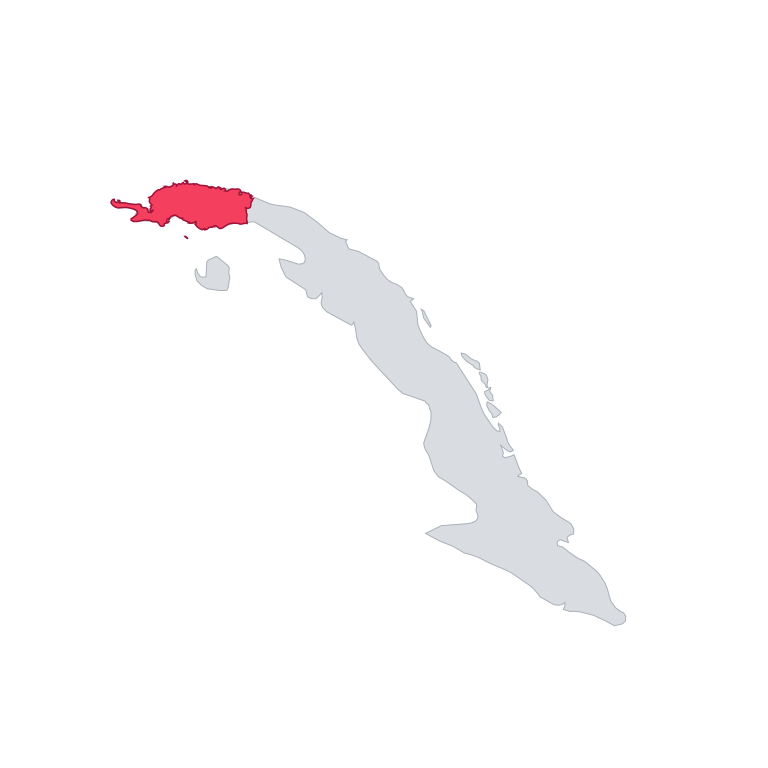 location of Pinar del Río within Cuba, rotated 30°
{"feature_id": "CUB-1321", "entity_name": "Pinar del Río", "entity_type": "Province", "adm_level": 1, "iso_a3": "CUB", "parent_name": "Cuba", "parent_adm1": "", "projection": "mercator", "projection_center": [-83.796, 22.394], "detail": "fine", "context": "in_parent", "style": "filled", "palette": "rose", "viewbox_px": 768, "rotation_deg": 30, "n_neighbors": 0, "source": "natural_earth", "source_scale": "10m", "svg_char_len": 8191}
<svg xmlns="http://www.w3.org/2000/svg" viewBox="0 0 768 768"><g transform="rotate(30 384 384)"><path d="M245.0,277.2L260.9,280.3L273.7,279.4L279.9,277.6L279.3,279.5L284.9,284.0L287.0,284.3L295.3,282.0L316.9,281.2L319.2,282.4L323.0,286.8L328.5,289.6L334.2,291.7L340.2,292.2L346.2,291.3L351.8,291.7L358.8,296.0L361.0,296.5L367.2,295.4L365.4,299.3L375.9,304.8L383.6,315.7L389.3,320.1L395.2,324.1L400.2,326.8L405.8,328.1L422.8,327.6L426.9,327.9L430.5,329.5L433.9,330.1L435.9,329.5L468.8,346.4L479.3,355.3L485.7,360.0L499.5,366.7L505.0,368.2L507.9,367.3L507.4,365.8L503.3,362.1L502.7,360.7L507.9,361.9L517.3,369.5L519.9,372.3L524.6,374.9L529.3,376.8L527.1,379.8L523.2,380.0L515.9,378.8L521.7,383.7L522.7,387.2L525.5,387.5L529.5,383.6L532.1,380.3L542.4,388.8L548.0,392.7L546.5,394.9L546.1,397.2L552.3,395.1L554.7,395.3L556.9,396.5L559.4,400.1L565.2,400.9L571.1,400.8L582.9,403.8L594.2,410.0L604.7,411.2L615.4,411.4L620.8,414.6L623.1,419.0L620.5,422.0L619.1,425.2L623.0,429.1L614.4,430.8L613.1,433.2L613.6,435.7L615.3,437.1L620.3,435.9L627.4,437.0L638.7,438.0L646.3,437.2L661.6,439.8L666.3,441.3L675.4,446.3L679.7,449.6L688.7,458.5L696.5,462.0L703.3,462.8L705.6,462.2L709.6,464.4L711.5,468.3L710.5,472.4L704.5,478.1L694.8,478.4L681.3,479.5L668.3,483.1L661.9,486.0L659.0,487.9L652.2,489.6L651.7,488.1L651.8,486.3L650.0,482.7L648.5,485.9L645.9,488.2L641.6,490.2L625.8,490.3L619.4,487.7L612.9,485.8L589.0,483.9L583.3,484.1L567.4,486.1L551.4,487.1L544.7,488.4L538.1,490.2L525.2,490.1L510.0,492.2L494.7,492.6L504.5,478.0L525.1,463.9L529.0,460.9L531.8,457.0L532.4,454.0L531.5,451.5L526.6,447.1L525.6,443.8L524.1,441.7L517.0,439.9L509.8,438.7L502.2,438.7L486.2,437.2L477.6,437.1L470.4,434.1L458.5,423.3L452.9,420.3L450.0,417.9L447.8,415.1L444.9,399.3L442.6,391.7L438.9,385.1L433.4,380.1L427.6,378.4L405.4,382.7L400.3,382.0L395.3,380.6L361.8,370.3L348.0,364.7L342.3,361.9L337.5,357.9L332.5,351.3L326.9,345.4L327.0,347.8L326.1,349.4L298.1,350.1L293.6,348.7L290.7,347.1L288.7,344.7L287.2,340.0L284.5,336.0L283.7,340.2L282.3,344.2L278.5,346.4L274.2,346.7L269.0,341.5L246.3,340.4L244.3,339.5L236.8,334.5L230.5,328.1L236.8,325.9L249.9,323.0L252.7,321.0L254.4,318.5L253.2,314.8L250.6,312.1L247.9,310.5L244.9,309.5L241.0,309.0L190.5,308.4L187.5,310.4L183.0,314.5L174.0,319.9L168.1,325.4L165.9,328.2L163.1,330.3L156.9,333.7L151.6,338.9L145.2,341.3L141.6,339.8L138.2,339.9L135.6,341.2L133.0,341.7L120.0,342.4L118.1,343.7L116.2,347.5L114.1,354.8L112.2,357.2L105.6,358.1L99.4,360.1L86.8,367.1L83.6,368.1L84.3,363.0L83.7,358.1L80.1,357.9L76.1,358.7L72.7,360.1L66.4,363.8L63.3,364.7L60.3,362.8L60.9,360.4L81.8,351.5L84.1,350.8L87.8,351.5L91.4,351.2L94.3,348.7L90.8,336.8L92.1,328.7L97.0,322.5L106.7,313.0L111.3,309.9L159.0,290.1L163.9,289.1L194.8,285.1L199.6,283.7L213.9,277.8L229.0,275.4L245.0,277.2ZM201.1,381.4L195.5,384.9L183.5,389.8L177.0,389.9L170.5,388.1L166.0,384.0L163.5,380.0L163.7,378.1L167.8,381.3L171.3,382.9L174.2,381.8L176.2,380.1L169.6,367.1L169.9,364.4L175.1,357.2L189.4,359.4L191.9,360.7L193.9,365.2L197.1,368.7L200.8,378.2L201.1,381.4ZM439.3,317.4L447.6,318.7L453.3,317.7L456.2,318.3L460.3,323.7L456.7,324.4L453.9,324.4L451.8,323.4L444.3,323.1L439.4,321.6L436.7,320.2L435.4,318.6L439.3,317.4ZM497.5,356.6L495.0,358.6L492.3,355.8L488.2,354.3L483.5,351.1L482.4,347.8L486.3,347.5L491.1,348.1L499.7,350.0L498.9,353.7L497.5,356.6ZM475.8,334.9L474.6,335.9L471.3,333.5L466.6,332.4L463.8,328.6L461.1,327.2L460.9,325.8L465.3,324.9L468.4,325.3L471.8,328.2L473.7,333.5L475.8,334.9ZM484.8,345.2L482.8,345.4L476.8,342.6L475.0,340.3L477.1,337.3L477.5,334.0L478.4,333.7L479.3,337.8L483.9,339.5L484.2,340.4L487.0,343.8L484.8,345.2ZM395.7,310.0L395.8,311.8L385.2,306.9L380.7,301.9L378.9,300.7L381.8,300.6L395.7,310.0Z" fill="#d9dde1" stroke="#a8b0b8" stroke-width="1"/><path d="M185.2,313.5L183.7,314.0L180.1,317.1L179.4,317.6L178.0,317.7L177.1,318.0L173.0,320.1L171.0,321.5L169.4,323.2L165.9,329.9L164.5,331.3L162.5,331.5L160.5,331.0L159.7,330.9L158.8,331.1L158.8,331.3L158.8,332.2L158.7,332.4L158.2,332.3L157.8,332.5L157.5,332.4L157.3,332.4L157.2,332.7L157.2,333.6L157.2,333.8L155.0,335.2L154.3,336.0L153.9,336.5L153.9,336.9L153.9,337.1L153.8,337.4L153.4,338.3L153.2,338.7L152.6,339.2L152.4,339.0L152.3,338.8L152.3,339.5L151.9,340.0L151.5,339.3L151.0,339.1L150.5,339.2L150.4,340.2L149.4,341.3L146.4,341.6L143.3,341.2L140.6,340.1L141.1,339.6L141.0,338.9L140.5,338.2L140.2,337.4L139.7,337.4L138.9,339.1L137.4,340.7L135.6,341.9L134.0,342.3L134.1,342.1L134.2,341.6L134.3,341.4L127.6,342.3L127.3,342.3L127.1,342.0L126.9,341.6L126.8,341.1L126.2,341.2L125.5,342.1L124.6,342.3L119.9,342.0L118.5,342.3L116.1,344.8L116.0,345.2L115.5,347.0L115.2,347.7L115.6,348.1L115.6,348.5L115.7,349.5L115.0,348.9L114.3,349.0L113.9,349.7L114.0,350.8L114.4,351.7L115.0,352.0L115.7,351.8L116.5,351.2L116.2,352.6L114.1,354.2L113.6,355.5L113.8,355.8L114.2,356.2L114.4,356.7L114.2,357.3L113.6,357.9L113.0,358.4L112.2,358.7L111.5,358.9L110.4,358.6L108.1,357.4L106.7,357.1L105.4,357.4L103.1,358.8L102.0,359.3L101.3,359.4L100.1,359.3L99.5,359.3L98.8,359.6L97.4,360.5L95.5,361.1L88.4,367.1L85.8,368.5L83.2,368.7L82.4,367.4L84.9,362.3L85.3,359.7L84.0,357.8L81.6,357.4L78.9,357.8L74.0,359.3L71.7,360.4L65.6,364.5L63.1,365.1L60.5,365.0L58.0,364.2L57.1,363.6L56.6,362.6L56.5,361.6L56.7,360.5L56.9,360.0L57.2,359.5L57.6,359.1L58.0,358.9L58.3,359.1L58.5,359.4L58.7,359.8L58.9,360.1L59.3,360.5L59.8,360.7L60.3,360.7L60.9,360.7L61.9,360.2L62.6,359.5L62.6,358.7L61.7,358.0L62.7,357.4L63.6,357.4L64.2,358.0L64.2,359.3L69.1,356.7L73.5,355.3L78.7,353.0L82.0,350.6L82.4,350.4L83.3,350.3L84.0,350.4L84.4,350.7L84.1,351.2L86.0,352.1L87.4,351.7L88.8,350.8L90.6,350.4L91.4,350.6L92.5,351.3L93.3,352.1L93.7,352.8L94.0,353.2L95.6,352.0L96.5,352.2L97.4,348.5L96.7,349.4L96.0,350.5L95.4,351.1L94.5,350.4L94.2,349.1L94.2,348.2L94.0,347.4L92.8,346.8L93.4,345.4L93.7,345.0L92.6,344.8L91.3,344.4L90.2,343.8L89.5,343.2L89.0,342.3L88.6,341.2L88.0,340.3L87.0,340.1L87.6,339.5L88.3,338.5L88.9,337.3L89.1,336.2L89.2,334.7L89.5,333.3L90.3,330.4L90.5,330.3L91.4,328.6L91.7,328.4L92.3,328.4L92.6,328.2L92.9,327.8L93.1,326.9L93.3,326.6L94.6,324.7L95.5,323.7L96.5,323.0L96.5,322.5L95.3,322.5L96.4,321.7L98.9,321.2L100.1,320.5L100.8,319.6L101.6,318.1L101.8,316.7L101.1,315.8L101.1,315.3L101.8,315.5L102.4,315.8L103.2,315.2L104.1,315.0L104.8,315.4L105.3,316.2L105.8,313.8L106.1,313.1L106.7,312.9L108.3,312.8L108.6,312.4L108.7,311.8L108.9,310.7L109.3,309.9L110.1,310.2L110.9,310.7L111.5,310.4L112.1,309.7L112.7,309.1L112.3,308.3L111.7,307.9L110.9,307.7L109.9,307.8L110.1,307.3L110.6,306.8L111.1,306.5L111.7,306.3L112.7,306.7L113.2,307.5L113.6,308.3L114.2,308.7L115.0,308.5L115.7,308.2L119.4,305.5L120.2,306.3L120.8,304.9L121.7,304.3L124.4,304.1L125.4,303.9L129.6,301.8L131.6,301.0L132.6,301.0L133.3,301.1L134.1,301.4L134.7,301.4L135.2,301.3L136.0,300.8L136.4,300.5L136.4,300.1L136.0,300.3L135.6,300.5L135.5,300.3L135.5,300.2L135.2,300.1L136.4,299.2L137.8,298.8L140.8,298.7L141.1,298.3L141.8,296.2L142.2,296.0L144.7,296.0L144.6,296.5L144.3,296.9L145.5,297.1L146.2,296.5L146.7,295.4L147.2,294.7L148.1,294.3L148.8,294.6L149.5,295.1L150.5,295.6L150.1,296.2L150.8,296.0L151.7,295.4L152.2,294.9L152.6,293.8L153.5,292.4L154.6,291.2L155.7,290.6L156.5,290.4L159.7,288.3L160.9,287.8L162.0,287.8L163.0,288.1L163.8,288.8L163.8,289.2L163.3,289.7L163.0,290.5L163.1,291.4L163.6,292.2L164.3,292.5L165.0,292.1L165.5,291.5L165.9,291.0L164.8,290.1L164.9,289.3L165.8,288.5L167.1,287.9L169.6,287.4L170.1,287.2L170.9,286.7L171.3,286.5L171.9,286.7L172.7,287.2L173.4,287.4L173.7,287.3L174.0,286.9L174.5,286.7L175.1,287.0L175.4,287.7L175.0,287.9L174.4,288.0L174.2,288.3L174.4,289.0L174.8,289.2L175.3,289.0L175.8,288.3L175.7,289.6L176.8,289.7L178.0,288.9L177.9,289.3L178.2,291.7L178.2,292.0L178.0,293.3L179.5,296.2L179.8,297.8L179.7,298.4L178.6,299.8L178.3,300.0L177.8,300.2L176.3,300.4L176.0,300.5L175.9,300.6L176.0,300.7L176.2,300.8L176.8,301.1L177.1,301.4L177.4,301.8L178.4,303.5L179.1,304.5L179.3,304.7L179.9,305.0L180.2,305.2L180.6,305.8L181.1,306.6L182.3,309.4L182.5,309.9L184.6,312.2L185.0,312.9L185.2,313.3L185.2,313.5ZM141.1,356.0L141.3,356.0L141.6,356.0L141.2,356.2L140.1,356.2L138.7,356.1L137.8,355.7L138.4,355.4L140.2,355.7L141.1,356.0Z" fill="#f43f5e" stroke="#9f1239" stroke-width="1.5"/></g></svg>